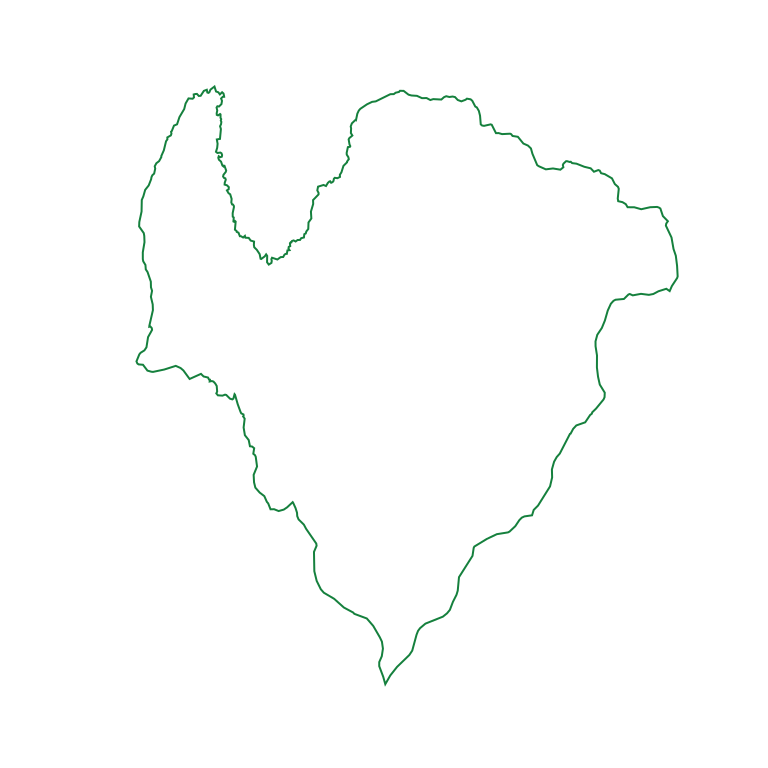 Giraldo, Antioquia, Colombia (Equal Earth projection), rotated 190°
{"feature_id": "7082276B20831515538679", "entity_name": "Giraldo", "entity_type": "district", "adm_level": 2, "iso_a3": "COL", "parent_name": "Colombia", "parent_adm1": "Antioquia", "projection": "equal_earth", "projection_center": [-75.917, 6.672], "detail": "fine", "context": "isolated", "style": "outline", "palette": "green", "viewbox_px": 768, "rotation_deg": 190, "n_neighbors": 0, "source": "geoboundaries", "source_scale": "gbopen_adm2", "svg_char_len": 6163}
<svg xmlns="http://www.w3.org/2000/svg" viewBox="0 0 768 768"><g transform="rotate(190 384 384)"><path d="M132.7,593.6L138.5,597.8L142.3,604.8L143.9,605.5L145.8,605.8L152.6,604.3L161.0,600.8L168.2,601.5L174.8,600.4L177.1,603.1L180.7,604.5L185.1,604.7L186.0,607.2L186.7,617.0L187.8,618.8L191.4,621.0L195.2,626.1L203.0,629.0L206.8,629.3L208.6,631.6L210.1,631.9L214.1,629.5L217.9,632.3L224.4,632.7L232.7,634.4L237.1,634.2L238.7,635.3L239.6,634.9L242.4,635.2L243.4,635.0L245.5,632.2L245.9,630.7L245.0,628.6L247.5,625.7L255.0,625.6L261.9,623.5L269.2,625.3L271.1,626.1L277.8,636.5L280.2,641.5L283.6,643.8L288.5,645.0L295.1,650.7L300.5,650.6L302.1,652.1L303.3,652.4L311.1,650.6L314.7,651.0L317.3,650.5L322.9,658.0L324.1,658.2L330.3,655.6L332.3,655.6L333.8,656.5L336.0,664.9L338.0,669.4L340.6,672.5L342.3,673.1L346.2,678.2L348.1,679.4L351.9,679.4L353.0,678.1L356.9,675.8L360.7,676.5L363.9,678.9L366.4,679.0L369.4,678.0L372.7,678.2L374.7,676.9L376.9,674.1L385.0,673.1L387.7,671.7L391.7,673.0L396.2,672.1L401.6,673.5L407.1,672.9L410.1,673.2L415.6,676.1L419.2,675.5L420.0,674.2L423.1,672.9L424.7,671.2L428.1,670.5L441.2,660.9L444.7,659.8L449.3,656.5L455.1,650.9L456.3,648.9L457.2,645.6L457.4,639.0L457.9,639.2L460.9,635.1L461.5,631.8L460.8,630.1L460.2,625.4L458.3,623.2L460.8,620.2L461.3,618.8L459.6,614.0L458.5,612.4L458.7,611.7L460.7,611.0L460.9,605.1L460.5,603.4L458.5,601.2L457.7,599.3L459.0,596.7L458.9,595.9L461.8,591.8L462.7,585.0L463.8,582.4L463.3,580.3L465.6,578.6L468.3,578.5L469.0,577.4L469.0,575.2L469.7,573.9L471.0,573.0L472.2,574.3L473.0,573.9L474.2,572.3L475.5,568.9L478.1,569.5L483.2,566.9L483.3,563.1L481.6,560.8L481.4,559.3L485.8,552.8L485.0,549.0L485.9,541.1L484.3,534.4L486.4,530.0L485.5,523.5L487.0,520.7L487.2,518.7L488.5,517.7L488.3,514.4L490.9,513.2L491.7,511.3L494.1,510.8L495.8,509.0L497.9,509.7L499.4,508.9L499.8,507.4L500.4,507.5L501.1,506.3L500.3,503.5L501.6,502.5L501.6,500.9L500.3,499.4L502.3,498.8L502.3,495.3L503.6,495.0L504.5,494.0L505.3,491.6L507.8,491.0L510.6,488.1L516.2,488.9L516.6,487.4L515.9,485.7L515.9,483.7L518.2,481.6L520.3,483.6L521.3,489.9L522.6,491.2L523.6,489.0L526.6,485.8L527.3,485.9L529.0,490.3L532.6,494.1L535.5,496.1L536.3,498.3L536.7,501.7L540.2,502.1L542.6,504.4L545.9,504.0L546.7,505.7L548.2,503.8L550.5,504.7L551.6,504.5L553.6,507.8L555.4,508.2L555.7,509.0L557.6,510.1L558.3,518.2L559.1,518.7L559.8,517.7L560.5,517.9L560.9,521.9L562.0,522.5L562.2,523.4L562.7,526.0L562.5,532.3L562.8,533.3L563.9,534.5L564.8,534.5L565.9,536.3L566.2,539.8L568.4,544.1L570.2,544.9L572.3,547.4L570.8,548.8L571.0,550.9L573.1,552.4L575.6,552.7L575.8,554.6L575.3,557.7L576.0,559.0L577.4,559.2L578.5,560.4L578.4,562.2L576.7,565.3L576.5,566.8L579.0,571.2L579.7,571.2L579.9,570.4L581.1,571.1L583.1,574.7L585.5,576.2L586.5,578.0L586.3,579.6L584.7,578.9L583.2,579.7L583.2,581.4L584.1,583.0L585.3,583.5L588.2,582.6L589.8,583.5L589.3,587.6L589.6,591.7L591.1,595.8L588.1,596.9L588.9,606.8L590.2,609.4L589.6,611.5L589.7,613.9L590.5,615.1L590.3,616.6L591.2,617.7L591.8,621.1L592.3,621.4L594.1,619.7L595.4,620.0L595.8,621.6L595.7,624.4L596.9,627.2L596.3,628.6L594.7,628.6L592.7,631.4L592.7,634.7L594.0,636.9L592.7,638.8L591.3,639.1L591.5,639.8L592.5,642.2L594.1,643.2L595.9,640.7L597.8,642.5L600.2,642.9L602.6,647.5L606.0,643.8L606.7,640.9L607.5,640.2L608.6,640.4L609.6,643.0L612.3,641.4L614.6,636.0L616.4,635.5L618.6,637.2L620.2,636.8L621.7,636.1L620.9,633.2L622.0,631.7L626.1,631.3L628.1,625.8L628.5,620.1L631.8,611.3L632.9,603.8L635.7,602.0L636.9,596.3L637.5,595.5L636.8,593.6L637.1,591.8L640.2,589.2L639.8,587.3L640.8,585.2L641.4,575.9L642.9,569.8L642.7,568.8L644.2,564.4L646.5,561.9L647.6,558.6L646.7,556.4L646.9,551.3L648.4,549.3L648.9,547.3L648.9,545.2L650.2,538.7L652.9,533.7L653.6,526.9L654.5,523.2L652.7,511.7L653.1,501.0L652.5,496.6L646.8,490.9L645.8,488.2L644.5,482.1L644.4,471.8L643.2,465.1L642.4,463.0L639.6,459.8L638.5,455.5L636.3,453.2L631.4,444.3L630.3,438.8L628.6,435.5L628.7,429.4L625.6,422.2L624.4,416.6L625.2,400.6L625.1,399.6L624.1,400.1L622.4,398.7L621.8,397.0L624.5,389.2L624.3,378.9L625.8,375.5L629.1,372.5L630.1,370.7L631.7,363.3L630.5,361.4L629.1,360.7L624.7,361.1L619.3,356.1L615.3,355.7L613.6,355.8L602.9,360.1L592.2,365.7L587.1,364.4L583.9,362.5L576.3,355.2L566.0,362.2L563.0,360.1L558.4,359.8L557.1,358.0L556.2,358.0L556.1,356.2L554.1,357.0L552.4,356.8L550.3,355.2L548.4,353.0L547.0,347.6L547.5,345.6L545.6,344.0L541.0,344.5L538.7,345.9L537.4,345.8L533.1,342.8L530.7,342.5L529.8,343.5L529.4,348.0L528.9,347.6L524.5,338.6L520.5,331.7L519.5,330.3L517.1,329.6L516.7,328.3L517.1,327.6L515.2,325.7L514.7,316.8L512.1,309.4L507.5,305.3L505.2,299.4L503.0,299.5L500.7,298.2L500.6,292.6L498.7,291.5L497.7,290.1L494.7,280.7L496.6,271.9L494.9,264.6L492.7,259.6L487.6,255.5L482.4,252.8L478.9,247.6L477.3,246.3L474.0,240.9L470.5,241.6L465.7,240.6L460.9,242.9L458.0,245.7L453.4,251.8L452.9,251.3L449.6,246.5L447.3,242.1L446.5,238.8L444.6,235.8L438.5,231.6L435.6,227.9L423.0,215.1L422.3,213.0L423.8,206.5L420.1,187.5L416.1,178.4L410.6,170.9L407.0,168.0L395.8,163.8L384.7,156.9L374.7,153.6L373.3,152.5L360.2,150.1L352.6,143.9L344.1,133.8L341.3,129.9L339.1,123.2L338.9,115.5L340.4,109.3L339.7,105.3L333.9,95.5L330.6,88.6L327.2,98.1L322.0,107.7L312.0,121.5L309.9,126.3L308.4,142.8L307.6,146.8L306.1,149.8L301.6,155.2L285.6,165.1L282.1,169.1L279.9,173.0L278.3,181.4L276.0,189.0L275.5,193.3L276.6,206.8L267.0,230.1L267.2,238.2L266.8,239.6L255.8,249.3L246.8,255.7L236.1,259.4L234.7,260.5L230.0,266.8L227.1,273.4L225.1,276.3L222.7,278.0L215.4,280.4L214.7,286.0L211.2,291.0L202.7,312.0L202.2,321.2L203.8,329.0L203.0,337.0L201.2,342.1L198.8,346.0L192.2,367.2L191.6,367.5L189.9,372.7L187.4,376.6L179.2,381.2L175.6,389.3L174.2,390.8L174.0,392.3L170.9,396.6L165.1,406.9L164.5,409.3L165.1,413.8L171.4,420.9L174.5,428.4L177.2,437.3L179.2,449.1L182.2,457.9L183.1,462.7L182.5,469.5L179.2,477.0L177.5,484.8L176.4,495.2L174.5,502.5L172.4,505.8L170.6,507.2L162.5,509.4L158.8,514.6L157.6,515.3L154.4,514.5L146.6,517.4L138.6,517.8L134.4,519.4L129.8,523.0L122.5,526.8L118.8,525.1L117.5,530.5L113.7,539.3L113.5,541.0L115.9,551.3L118.9,561.0L122.3,567.2L126.3,578.2L133.9,588.9L133.9,591.0L132.7,593.6Z" fill="none" stroke="#15803d" stroke-width="2"/></g></svg>